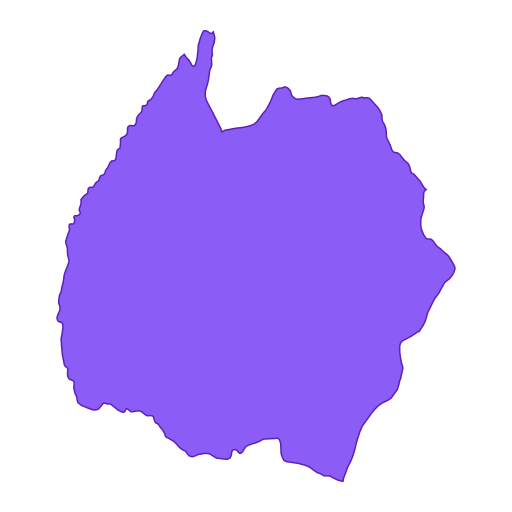 Forohem, Cova Lima, East Timor
{"feature_id": "22284137B96492698120269", "entity_name": "Forohem", "entity_type": "district", "adm_level": 2, "iso_a3": "TLS", "parent_name": "East Timor", "parent_adm1": "Cova Lima", "projection": "equal_earth", "projection_center": [125.112, -9.256], "detail": "fine", "context": "isolated", "style": "filled", "palette": "violet", "viewbox_px": 512, "rotation_deg": 0, "n_neighbors": 0, "source": "geoboundaries", "source_scale": "gbopen_adm2", "svg_char_len": 5924}
<svg xmlns="http://www.w3.org/2000/svg" viewBox="0 0 512 512"><path d="M213.3,31.8L211.6,33.6L209.8,33.0L208.3,31.9L206.2,30.8L204.8,30.7L203.5,31.0L202.0,34.0L200.3,38.3L198.4,44.8L198.2,45.8L198.2,47.9L197.9,51.2L197.6,53.4L197.4,56.0L197.1,58.2L196.6,60.3L195.5,64.1L194.7,65.7L193.7,66.3L191.8,65.3L190.9,63.4L189.1,60.4L187.6,58.7L186.3,57.5L184.3,54.3L180.7,57.3L179.7,58.4L178.1,66.6L177.3,68.3L176.6,69.3L174.5,70.9L173.7,71.8L172.9,72.7L171.7,75.0L170.0,75.4L168.9,75.0L167.8,75.1L166.8,75.6L165.6,76.8L157.4,89.4L154.6,92.7L153.0,96.7L151.8,98.3L150.6,99.7L149.0,100.4L147.9,101.2L147.5,102.4L147.2,104.1L146.6,105.2L144.4,105.7L143.5,105.7L142.5,106.1L142.2,107.6L141.9,111.0L141.1,112.5L139.3,114.2L137.6,116.3L136.7,118.2L136.4,120.1L136.4,121.9L135.9,123.4L135.1,124.8L134.1,125.7L132.6,125.8L130.4,125.4L129.2,125.8L127.9,127.0L127.5,128.4L127.5,132.1L126.8,134.2L125.6,135.6L123.8,136.8L121.6,137.7L120.8,138.4L120.3,140.5L120.6,141.8L120.3,144.3L120.1,147.8L118.7,149.0L117.5,149.8L116.8,151.7L116.4,154.3L116.2,156.9L115.8,158.7L115.1,160.1L114.1,160.8L112.9,160.9L111.9,160.8L110.1,162.4L108.3,166.4L107.4,168.1L106.2,169.5L105.4,171.0L104.9,173.1L104.1,174.3L102.9,175.0L101.2,175.5L100.3,176.4L99.4,178.3L98.8,180.2L97.8,181.5L96.6,182.0L96.0,182.7L94.9,184.1L93.9,186.0L93.1,187.1L91.9,187.4L90.5,187.2L89.2,187.6L88.2,188.7L87.8,192.1L87.5,193.3L86.5,194.1L84.5,195.5L81.9,198.3L81.0,199.6L81.1,202.4L81.0,203.9L79.4,208.5L79.2,209.9L79.5,211.1L80.2,212.0L80.2,213.2L79.5,214.5L78.4,215.3L76.9,215.7L75.3,215.6L74.3,216.1L73.9,217.3L74.4,218.8L74.7,220.2L74.5,222.0L73.8,223.4L73.0,224.1L70.6,223.9L69.4,224.4L69.1,227.1L69.5,228.9L69.1,231.6L68.3,233.2L67.3,236.0L65.7,241.4L65.9,243.2L67.4,248.1L67.4,252.8L67.9,255.9L68.8,259.4L69.1,261.5L67.0,267.4L65.4,271.2L64.1,275.5L63.7,279.0L63.2,282.0L61.7,288.2L61.4,290.4L60.8,292.6L60.1,293.7L59.5,295.4L59.1,297.5L58.7,301.1L58.7,302.4L58.8,303.1L59.9,306.8L60.0,309.3L59.6,310.9L58.4,313.3L57.6,315.5L57.0,317.5L57.2,319.3L57.9,320.8L59.6,322.1L61.6,322.3L62.7,324.3L63.0,326.7L62.5,330.3L62.2,333.4L61.1,338.7L61.5,345.3L62.4,354.8L64.4,365.0L65.4,366.4L67.1,367.8L67.9,368.8L67.5,373.4L67.7,376.1L68.6,378.0L69.5,379.2L70.9,379.9L72.4,380.3L73.5,381.1L74.2,382.5L74.2,384.2L73.9,385.9L73.8,388.0L74.5,391.2L75.2,393.7L76.3,396.1L77.1,398.0L77.0,399.6L77.5,401.4L78.1,402.8L81.4,405.4L88.7,408.4L93.5,410.0L95.6,409.9L97.5,409.5L98.9,408.7L103.5,403.0L104.5,403.0L107.7,404.1L109.1,403.8L110.6,404.2L111.4,404.7L115.4,407.9L117.6,409.9L121.9,412.0L123.8,412.3L124.9,411.4L125.4,410.1L126.2,408.9L127.2,408.7L130.8,411.6L132.4,411.8L134.7,411.3L138.7,410.8L140.2,410.9L142.0,412.1L145.7,415.0L147.4,415.8L149.1,415.6L151.7,415.7L152.7,416.0L153.5,417.0L154.2,419.6L155.1,422.0L156.2,423.2L157.9,423.9L158.9,424.9L159.9,426.8L162.9,430.3L165.0,434.4L165.3,436.0L166.2,437.0L169.5,438.8L173.8,441.4L175.3,442.8L179.5,447.4L181.1,448.8L183.6,450.3L185.3,451.0L188.9,455.7L190.6,456.4L192.3,456.8L195.7,455.7L197.4,454.8L198.9,454.4L204.9,453.4L208.1,453.5L210.2,454.1L215.3,457.5L217.2,458.3L219.5,458.4L221.8,458.8L224.9,459.1L227.4,459.3L230.1,457.9L230.8,456.5L231.5,454.2L231.8,451.6L232.7,450.2L234.3,449.5L235.5,449.7L237.3,450.6L238.2,452.0L239.3,453.2L240.6,453.4L242.5,451.9L245.5,447.0L247.5,445.6L251.6,444.0L255.9,442.8L258.8,441.6L263.3,439.2L264.8,439.0L276.3,438.4L277.8,438.2L279.3,439.5L280.5,442.6L280.8,445.3L281.1,453.1L281.6,455.2L282.4,457.3L283.9,460.3L286.3,461.6L297.8,463.3L304.4,465.0L307.5,466.1L309.9,467.4L315.3,471.3L317.2,472.6L319.7,473.4L322.6,474.9L324.0,475.9L326.8,475.8L328.6,475.9L330.7,476.4L332.5,477.5L337.4,479.9L339.9,480.7L343.0,481.3L343.5,478.3L344.9,474.5L346.3,471.1L347.3,468.1L348.1,466.2L350.0,462.7L352.0,458.2L354.0,452.4L356.7,441.6L359.9,431.6L362.4,425.9L371.4,413.4L374.5,409.6L378.5,405.6L382.2,403.0L388.6,399.9L391.5,397.7L393.3,395.0L396.6,390.6L397.4,389.3L398.9,384.5L399.6,381.0L400.6,378.6L402.8,368.3L402.7,366.7L401.6,363.4L401.3,361.9L400.5,357.8L399.9,353.5L399.7,350.5L399.7,345.8L400.6,343.0L402.1,341.1L411.4,336.1L416.9,332.4L419.2,331.4L423.0,325.6L425.1,321.5L426.9,315.8L427.4,313.4L430.9,306.1L434.4,299.1L439.1,292.7L440.6,289.8L444.6,282.6L449.9,278.3L452.2,275.3L453.8,272.4L454.6,270.0L455.0,268.5L454.6,266.4L452.1,261.8L450.5,259.1L448.7,256.3L447.3,254.8L443.7,251.9L440.2,248.6L437.1,246.4L435.1,243.9L433.0,240.9L431.8,239.8L430.9,239.2L429.5,239.0L427.3,239.0L426.0,238.3L423.5,234.5L421.5,229.4L420.8,225.8L420.7,222.1L421.0,218.3L421.9,215.1L423.6,210.0L424.2,207.2L424.0,205.4L423.2,203.1L423.2,201.1L423.6,196.2L423.7,193.2L424.1,191.8L424.9,190.5L426.2,189.6L424.2,187.7L419.4,180.3L417.8,178.7L416.5,177.0L413.8,174.2L411.6,173.1L410.5,170.4L409.9,167.4L408.7,164.5L407.9,163.2L406.5,162.2L404.1,160.0L401.5,156.8L400.1,154.8L397.4,152.8L394.0,152.3L393.0,151.7L391.8,149.9L391.1,147.5L390.0,144.6L386.7,138.0L386.4,135.4L386.3,131.9L385.8,128.7L385.0,125.8L383.8,123.4L382.7,121.9L381.9,118.1L382.0,116.1L381.4,113.7L379.6,110.0L377.4,107.0L369.6,98.4L367.4,97.8L365.5,97.7L364.1,98.0L363.1,97.5L361.8,97.2L359.0,97.9L356.5,98.8L352.3,98.3L349.1,98.9L346.5,99.9L342.9,100.8L340.2,102.0L334.3,105.5L332.3,105.7L331.2,104.4L330.5,101.7L330.3,99.5L329.1,97.3L327.4,96.0L323.7,95.4L321.4,95.4L318.2,96.6L314.9,97.3L305.8,98.2L301.8,98.9L296.7,99.2L295.4,98.7L293.4,97.2L292.1,95.9L291.3,94.4L290.5,91.0L288.2,88.4L287.3,87.8L285.6,87.0L283.9,87.1L281.9,88.0L278.9,88.2L276.9,89.0L275.4,91.2L273.0,95.2L271.4,99.5L270.1,102.3L267.4,107.5L265.3,110.9L264.2,111.9L262.6,113.9L256.8,121.9L254.3,124.0L250.5,125.7L244.6,127.1L240.7,127.7L236.0,128.2L224.6,130.3L221.8,132.0L220.8,128.6L212.9,112.9L207.0,101.7L206.1,99.4L205.4,97.0L205.2,93.4L205.4,90.9L207.5,83.9L208.5,79.6L209.6,71.2L210.1,69.3L211.4,66.4L211.8,64.1L211.3,57.9L212.4,55.3L212.0,49.7L212.8,46.5L214.0,43.2L214.6,39.9L214.8,37.4L213.3,31.8Z" fill="#8b5cf6" stroke="#5b21b6" stroke-width="1.5"/></svg>